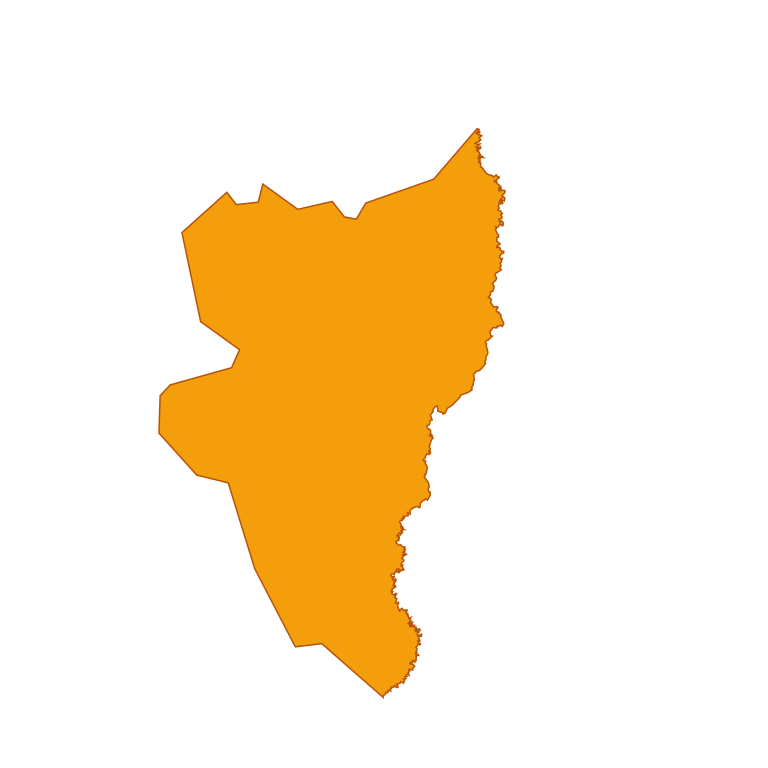 the district of Pochalla, Jonglei, South Sudan, rotated 52°
{"feature_id": "79223893B22691287422318", "entity_name": "Pochalla", "entity_type": "district", "adm_level": 2, "iso_a3": "SSD", "parent_name": "South Sudan", "parent_adm1": "Jonglei", "projection": "natural_earth1", "projection_center": [34.083, 7.206], "detail": "fine", "context": "isolated", "style": "filled", "palette": "amber", "viewbox_px": 768, "rotation_deg": 52, "n_neighbors": 0, "source": "geoboundaries", "source_scale": "gbopen_adm2", "svg_char_len": 6170}
<svg xmlns="http://www.w3.org/2000/svg" viewBox="0 0 768 768"><g transform="rotate(52 384 384)"><path d="M630.4,577.6L629.2,576.8L629.2,573.5L628.1,572.2L629.5,571.0L628.1,569.1L630.1,567.8L628.5,567.1L628.0,566.4L628.7,565.6L627.3,564.8L628.9,563.1L628.1,561.4L630.8,561.1L631.6,559.7L629.9,558.6L628.8,559.2L628.4,558.3L629.7,555.7L628.8,554.0L631.8,552.8L630.0,550.0L628.7,550.3L629.7,548.0L627.7,548.1L627.6,546.5L628.6,545.9L627.1,545.4L627.1,544.0L628.8,543.6L626.4,542.6L626.2,540.5L625.0,540.2L624.1,541.2L624.6,539.2L627.0,537.6L625.8,536.6L625.3,533.6L622.5,533.6L620.6,535.8L619.8,535.2L619.9,533.6L620.6,533.4L619.5,531.3L622.2,531.1L621.2,529.2L621.6,528.9L618.0,525.9L619.1,523.8L618.3,523.5L617.4,525.5L616.2,525.3L615.9,523.3L615.1,523.7L615.1,524.7L614.1,522.1L612.4,520.8L611.1,520.9L610.5,517.6L611.7,515.8L611.2,515.2L609.4,516.6L608.5,515.1L608.9,514.3L607.9,513.6L607.3,515.5L606.4,513.4L604.3,512.3L605.7,510.0L604.4,508.4L602.9,512.6L601.0,511.3L601.3,509.5L599.9,509.2L600.5,507.6L600.0,506.9L598.9,506.7L598.0,508.7L596.9,509.0L597.1,509.9L599.2,510.6L598.7,511.5L596.1,510.3L596.1,508.8L595.3,508.4L593.8,509.8L593.0,508.6L592.0,511.2L591.0,509.5L589.9,509.5L589.9,510.8L591.3,512.8L590.6,513.0L589.0,511.5L587.6,512.6L587.3,510.7L588.7,510.3L589.1,508.2L587.6,509.5L586.6,509.4L586.4,508.1L584.8,507.8L584.5,506.7L583.8,508.9L581.5,507.4L581.1,508.1L580.1,507.7L579.5,506.6L577.7,507.7L576.8,506.8L576.9,505.3L576.1,505.0L574.6,507.9L571.9,507.9L571.8,510.3L572.6,511.4L572.0,511.6L566.5,509.5L565.8,507.5L564.9,507.0L563.7,509.8L560.9,506.0L558.8,507.0L556.9,503.1L556.0,504.2L556.5,506.2L553.5,506.8L553.0,505.1L552.0,506.0L551.6,504.5L550.4,503.5L551.0,501.9L550.1,501.0L551.1,499.7L549.7,499.2L549.1,499.5L549.2,500.7L548.2,500.7L547.2,497.8L546.6,498.3L546.5,496.0L545.4,495.0L544.6,494.8L544.8,497.3L544.3,497.7L543.2,497.7L542.3,494.6L541.6,494.5L540.8,496.7L538.8,496.3L538.5,494.3L540.4,493.0L539.0,491.3L539.7,488.8L538.4,489.1L537.7,487.9L538.9,487.1L538.8,486.1L540.2,487.1L540.6,489.1L541.9,488.3L541.0,485.5L541.9,485.1L541.7,483.2L543.5,483.0L538.9,482.0L538.4,480.8L537.8,482.5L536.0,480.6L535.8,477.7L534.7,476.6L532.2,477.4L531.6,473.8L530.4,474.7L529.9,474.0L531.9,472.5L532.1,471.2L530.0,472.1L529.2,471.1L528.2,472.5L527.9,469.7L526.9,468.8L526.2,469.7L525.3,467.9L523.5,469.8L521.0,469.8L520.1,471.6L516.3,472.2L515.4,471.2L516.4,468.8L514.6,466.7L514.2,467.7L513.0,465.6L511.7,467.4L511.2,466.4L511.5,465.3L510.7,463.7L511.7,463.1L512.9,463.7L512.3,460.7L511.4,461.4L510.9,460.5L510.1,461.0L510.1,459.7L511.2,457.8L508.7,459.2L507.7,459.0L507.8,458.1L508.8,457.6L507.7,457.2L506.6,458.3L505.3,457.0L502.1,456.7L501.7,454.6L502.8,453.7L502.5,452.8L501.0,452.3L501.1,451.5L502.2,451.3L501.8,450.1L500.4,450.1L502.7,445.8L499.9,444.7L502.6,443.3L500.2,442.1L499.4,439.5L500.3,434.3L501.3,432.8L503.0,432.6L503.3,431.6L500.3,428.7L499.9,424.8L500.5,423.2L499.9,421.7L502.3,421.1L500.2,416.3L497.5,414.1L496.8,415.1L495.7,414.8L493.7,413.5L492.7,411.6L489.0,409.7L481.9,409.5L481.1,407.1L480.2,407.0L480.3,405.7L476.3,401.1L471.5,400.2L470.8,398.9L469.7,398.8L468.8,400.2L468.0,400.1L467.5,397.3L465.4,393.5L467.4,391.9L467.1,389.8L465.9,389.4L465.2,390.5L464.3,389.9L464.8,388.7L463.7,387.5L461.3,386.9L457.1,381.0L456.8,378.6L452.8,377.5L454.6,379.1L452.6,380.1L451.7,377.6L448.7,375.6L446.6,376.8L444.4,376.5L443.5,376.0L443.9,373.0L441.1,370.0L441.9,368.1L437.1,366.6L436.0,362.4L434.2,361.0L433.4,357.0L434.2,355.6L438.8,358.3L442.8,355.3L443.8,356.0L444.7,354.0L442.2,349.1L442.7,343.2L441.2,332.6L440.0,330.4L442.4,322.9L442.8,318.4L440.3,316.4L439.7,314.4L436.5,311.2L436.5,310.2L431.6,307.6L430.9,302.8L431.8,301.5L432.1,298.6L430.3,291.4L427.9,290.2L427.8,289.0L424.9,286.3L424.5,284.5L423.0,282.6L416.5,279.7L415.6,278.4L413.7,278.7L412.8,276.5L413.5,275.3L413.0,269.2L411.7,270.1L408.3,268.7L406.6,263.6L409.2,260.5L408.0,259.3L409.2,258.4L409.3,255.9L411.5,255.2L410.1,252.3L403.6,250.8L401.0,249.2L399.4,250.0L398.4,249.2L396.1,251.0L394.3,248.9L394.1,247.3L392.8,247.1L390.8,250.2L385.0,249.7L384.0,248.0L382.4,247.2L379.9,248.4L379.2,245.1L376.7,242.9L377.9,241.5L377.5,240.3L375.0,237.2L371.9,236.8L371.1,234.4L371.3,232.5L369.8,230.0L366.8,229.6L365.6,228.2L366.2,221.2L363.8,221.4L362.8,218.8L360.5,218.3L359.9,216.0L357.8,214.7L358.4,214.0L357.9,213.4L356.9,215.0L355.5,215.3L353.7,212.2L354.3,208.9L353.1,207.9L352.3,209.4L349.6,209.6L348.3,208.7L346.6,209.5L346.1,211.1L345.1,210.9L344.8,209.1L345.4,206.9L344.9,206.2L341.1,207.2L338.6,205.5L338.0,204.3L338.8,203.4L336.8,201.8L335.2,202.3L330.8,201.0L330.7,199.5L328.9,199.3L330.6,197.4L329.2,193.8L331.8,193.7L332.4,192.7L330.6,190.9L329.0,190.6L327.4,191.2L328.0,192.9L324.8,191.9L326.1,189.3L325.2,188.1L322.9,188.1L322.4,185.7L321.5,186.3L319.3,185.6L317.4,187.2L316.5,186.4L316.5,185.0L314.1,184.4L313.4,183.3L313.7,180.1L314.8,179.9L314.5,179.0L312.3,178.8L311.6,181.3L309.8,177.7L310.6,177.3L311.5,178.2L313.8,176.6L312.3,174.5L310.2,174.4L309.5,175.4L308.4,175.3L307.7,171.4L306.6,169.8L305.4,170.0L303.4,172.8L302.4,171.5L301.3,171.8L302.5,174.1L300.2,173.0L300.7,170.4L296.2,171.3L293.7,170.7L292.8,172.4L291.8,171.6L292.9,170.2L292.1,168.8L292.4,166.4L291.5,165.9L290.6,167.0L288.4,166.8L288.2,170.4L286.3,170.4L283.4,172.8L280.9,173.7L273.7,173.4L272.3,174.2L268.7,171.3L267.8,173.0L267.0,172.3L266.9,170.5L265.8,170.2L264.9,171.0L263.7,170.5L263.6,169.8L265.5,169.1L265.2,167.8L266.7,166.2L263.3,167.2L263.5,168.4L262.5,168.5L262.6,167.0L260.3,166.4L259.4,166.8L257.9,165.4L257.8,167.2L256.7,167.0L256.5,165.7L257.8,162.9L256.4,161.9L255.5,165.4L253.7,165.7L254.3,163.6L254.0,160.6L252.6,162.8L250.5,164.1L250.5,162.0L251.7,160.2L250.7,158.9L251.4,157.7L248.3,157.1L248.6,154.2L246.7,154.9L245.9,156.1L244.7,155.0L244.5,153.3L243.8,153.3L243.0,154.7L243.9,156.5L243.1,157.0L242.0,152.3L240.1,153.4L253.2,218.8L230.2,287.0L237.1,304.3L227.9,312.4L208.3,312.4L193.3,344.4L151.8,356.4L163.3,371.1L151.8,389.9L136.2,389.9L140.3,450.0L222.0,490.1L268.1,476.7L277.3,494.1L253.1,552.9L255.4,567.6L284.2,591.6L340.6,587.6L366.0,567.6L450.1,599.6L536.5,615.7L550.3,592.9L630.4,577.6Z" fill="#f59e0b" stroke="#b45309" stroke-width="1.5"/></g></svg>